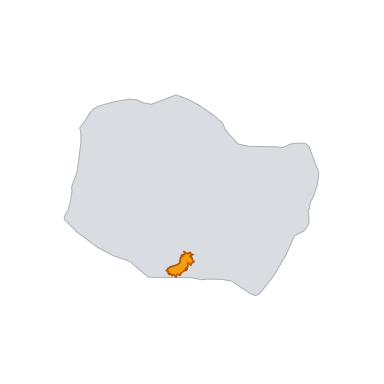 Senekane, Berea, Lesotho (highlighted), rotated 239°
{"feature_id": "5366337B41059399300258", "entity_name": "Senekane", "entity_type": "district", "adm_level": 2, "iso_a3": "LSO", "parent_name": "Lesotho", "parent_adm1": "Berea", "projection": "mercator", "projection_center": [27.679, -29.225], "detail": "fine", "context": "in_parent", "style": "filled", "palette": "amber", "viewbox_px": 384, "rotation_deg": 239, "n_neighbors": 0, "source": "geoboundaries", "source_scale": "gbopen_adm2", "svg_char_len": 5673}
<svg xmlns="http://www.w3.org/2000/svg" viewBox="0 0 384 384"><g transform="rotate(239 192 192)"><path d="M245.8,250.4L236.4,253.3L235.1,253.6L229.1,252.9L221.1,253.6L214.7,255.2L209.8,255.9L201.8,264.4L187.3,287.6L183.4,292.4L182.3,301.5L179.0,308.7L174.8,314.4L170.8,315.7L158.7,313.5L143.1,310.6L134.1,303.6L126.1,294.4L121.8,287.7L117.4,284.1L115.9,282.0L109.5,278.9L107.1,277.3L105.0,276.2L102.5,271.8L101.0,267.9L101.6,257.2L97.1,250.8L89.5,239.9L84.7,231.0L78.1,218.8L74.1,208.4L69.9,197.6L70.4,193.0L74.4,189.8L86.1,184.4L95.2,180.2L101.7,172.6L108.9,161.1L112.3,154.3L115.8,151.1L119.5,146.3L126.1,135.6L133.4,123.7L141.3,110.9L151.2,107.2L164.7,103.0L177.7,91.8L193.2,82.5L218.2,72.3L229.8,69.7L234.2,68.3L237.0,70.2L240.0,76.0L244.3,80.9L254.1,89.3L258.3,91.4L268.5,103.9L279.4,112.6L291.9,122.5L300.4,127.4L304.8,128.8L308.4,137.6L312.0,144.2L314.1,150.3L313.7,156.3L309.7,171.0L304.0,186.0L299.3,192.2L293.7,196.1L288.2,202.1L286.0,214.1L283.5,228.3L276.3,234.1L270.7,238.0L263.0,242.7L245.8,250.4Z" fill="#d9dde1" stroke="#a8b0b8" stroke-width="1"/><path d="M137.8,160.5L138.2,160.1L138.4,160.0L138.6,160.0L138.7,159.9L138.9,159.3L139.0,159.3L139.4,159.4L139.5,159.3L139.5,159.2L139.8,159.1L140.0,159.2L140.3,159.1L140.5,159.2L140.6,159.5L140.8,159.5L141.2,159.2L141.2,158.9L141.5,158.5L141.5,158.3L141.5,158.1L141.7,157.6L141.7,157.3L141.6,157.2L141.3,156.7L141.2,156.5L143.9,155.0L144.5,154.8L144.9,154.5L145.3,154.4L145.8,154.2L145.6,154.2L145.2,154.2L145.0,154.3L144.9,154.4L144.7,154.3L144.5,154.5L144.0,154.4L143.4,154.2L143.0,154.3L142.7,154.1L142.6,153.9L142.7,153.7L142.7,153.4L142.4,152.6L142.5,152.3L142.5,152.0L142.7,152.3L142.8,152.4L143.0,152.2L143.2,151.9L143.0,151.6L142.9,151.5L142.8,151.4L142.9,151.1L142.6,150.8L142.6,150.7L142.9,150.6L143.1,150.6L143.0,150.4L142.7,150.4L142.4,150.3L142.2,150.6L141.9,150.5L141.7,150.6L141.6,150.4L141.8,150.3L142.0,150.3L142.0,150.1L142.4,149.9L142.4,149.7L142.5,149.6L142.3,149.4L142.0,149.3L141.8,149.3L141.8,148.2L141.2,148.2L140.9,148.0L140.9,147.9L140.7,147.6L140.6,147.4L140.3,147.2L139.8,147.0L139.8,146.9L139.7,147.0L139.4,146.9L139.2,146.9L139.0,146.7L138.8,146.3L138.8,146.2L138.7,146.0L138.7,145.9L138.4,145.6L138.2,145.5L137.9,145.3L137.4,145.2L137.5,144.2L137.4,143.9L137.5,143.8L137.4,143.6L137.4,143.4L137.4,143.1L137.4,142.7L137.3,142.4L137.1,142.0L137.2,141.6L137.3,141.3L137.6,141.1L137.7,140.8L137.7,140.4L137.6,140.0L137.7,139.9L137.8,139.7L137.9,139.3L137.8,139.2L137.7,139.0L137.7,138.8L137.9,138.7L138.1,138.4L138.1,138.1L138.3,137.9L138.3,137.7L138.5,137.6L138.5,137.0L138.5,136.8L138.6,136.6L138.5,136.4L138.4,136.3L138.5,136.1L138.6,135.9L138.8,135.6L138.8,135.4L138.7,135.2L138.8,135.1L138.7,135.1L138.6,134.8L138.6,134.6L138.7,134.4L138.6,134.2L138.6,133.8L138.6,133.4L138.9,133.2L138.9,132.9L138.9,132.6L138.9,132.4L138.7,132.2L138.8,132.0L138.7,132.0L138.6,131.9L138.6,131.6L138.4,131.4L138.2,131.2L137.9,130.9L137.9,130.7L138.0,130.4L138.1,130.2L138.1,129.9L137.8,129.7L137.7,129.5L137.4,129.8L137.4,130.0L137.6,129.9L137.6,130.3L137.4,130.3L137.5,130.5L137.4,130.6L137.2,130.4L136.8,130.0L136.6,129.9L136.3,129.9L135.9,130.1L135.9,130.3L136.0,130.4L136.0,130.5L135.8,130.6L135.7,130.6L135.8,130.8L135.8,131.0L135.6,131.1L135.3,130.7L135.1,130.5L135.2,130.2L135.0,129.8L134.8,129.7L134.5,130.0L134.7,130.3L134.6,130.5L134.2,130.5L134.1,130.3L133.9,130.1L133.7,129.9L133.6,129.7L133.4,129.6L133.1,129.9L132.9,130.1L133.1,130.8L133.4,130.8L133.3,131.1L133.1,130.9L132.8,130.8L132.4,131.0L132.1,131.7L132.0,132.1L131.8,132.2L131.7,132.2L131.4,132.1L131.1,131.8L130.6,131.8L130.4,131.9L130.3,132.2L130.3,132.4L130.4,132.5L130.8,132.7L130.9,132.8L130.8,133.2L130.7,133.6L130.5,133.8L130.3,133.9L129.9,134.0L129.5,134.1L129.1,134.3L128.9,134.2L128.6,134.1L128.3,134.0L127.3,134.4L127.3,134.5L127.4,134.9L128.0,135.5L128.4,135.7L128.6,136.0L128.9,136.2L128.9,136.3L128.9,136.9L128.8,137.4L128.6,137.7L127.8,138.1L127.2,138.2L126.9,138.5L126.7,138.5L126.9,138.6L126.7,138.8L126.9,139.0L127.1,139.3L127.3,139.5L127.4,139.8L127.7,139.9L127.7,140.1L127.8,140.3L128.0,140.5L128.1,140.8L128.0,141.0L128.2,141.3L128.1,141.6L128.3,142.0L128.2,142.4L128.3,142.7L128.3,142.9L128.4,143.2L128.5,143.6L128.6,143.9L128.7,144.0L128.8,144.1L128.5,144.6L128.4,144.7L128.2,145.5L127.9,146.4L128.2,146.4L128.4,146.3L128.5,146.2L128.8,146.1L129.0,145.8L129.2,146.1L128.9,146.3L128.9,146.5L128.6,146.9L128.3,147.1L128.3,147.4L128.3,147.5L128.3,147.8L128.4,148.3L128.6,148.4L128.9,148.5L129.0,148.6L129.3,148.1L129.5,147.9L129.9,147.7L130.0,147.8L130.0,148.0L130.2,148.5L130.1,148.8L130.2,149.0L130.1,149.3L130.0,149.7L130.2,149.9L130.3,150.2L131.0,150.5L131.3,150.5L132.5,151.4L132.9,151.5L133.3,151.7L133.5,151.9L133.2,152.0L132.9,152.2L132.8,152.3L132.0,152.6L131.6,152.8L131.1,152.8L130.6,153.1L130.0,153.1L129.9,153.2L129.9,153.4L129.9,153.6L130.0,153.6L130.3,153.8L130.5,154.0L130.7,154.3L130.9,154.6L131.1,154.9L131.3,155.4L131.3,155.6L131.1,155.8L131.1,156.0L131.2,156.4L131.0,156.7L131.1,157.4L131.1,157.7L131.2,157.9L131.3,158.0L131.5,158.1L131.8,158.0L131.9,157.9L132.0,157.7L132.3,157.5L132.5,157.4L132.8,157.5L132.9,157.4L133.0,157.3L133.0,157.0L133.2,157.4L133.4,157.5L133.5,157.5L133.8,157.4L134.0,157.4L134.8,157.9L135.1,158.0L135.4,158.0L135.7,158.0L135.9,157.8L136.0,157.8L136.4,157.7L136.6,157.5L136.9,157.5L137.0,157.4L137.1,157.1L137.3,157.0L137.5,157.3L137.8,157.4L138.1,157.3L138.2,157.7L138.3,157.8L138.1,157.9L137.7,157.9L137.4,158.1L137.3,158.3L137.7,158.4L137.9,158.4L138.0,158.3L138.3,158.3L138.1,158.9L138.1,159.0L138.2,159.3L137.9,159.3L137.9,159.5L138.1,159.6L138.1,159.8L138.0,160.0L137.8,160.3L137.8,160.5Z" fill="#f59e0b" stroke="#b45309" stroke-width="1.5"/></g></svg>